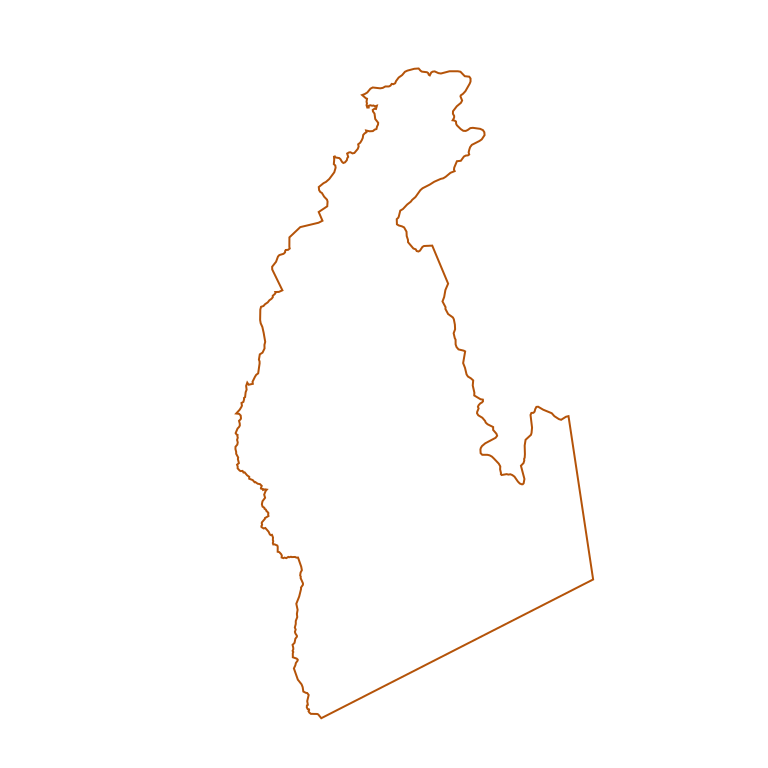 the district of Lagaip/Pogera District, Enga, Papua New Guinea, rotated 243°
{"feature_id": "67681753B66216026756118", "entity_name": "Lagaip/Pogera District", "entity_type": "district", "adm_level": 2, "iso_a3": "PNG", "parent_name": "Papua New Guinea", "parent_adm1": "Enga", "projection": "orthographic", "projection_center": [143.276, -5.41], "detail": "fine", "context": "isolated", "style": "outline", "palette": "amber", "viewbox_px": 768, "rotation_deg": 243, "n_neighbors": 0, "source": "geoboundaries", "source_scale": "gbopen_adm2", "svg_char_len": 6166}
<svg xmlns="http://www.w3.org/2000/svg" viewBox="0 0 768 768"><g transform="rotate(243 384 384)"><path d="M114.7,176.4L114.9,481.6L271.6,533.8L272.2,531.3L271.7,525.6L273.3,523.9L278.0,521.2L281.8,520.2L288.8,514.2L293.8,511.0L294.4,509.4L293.0,507.4L291.0,505.6L290.5,504.1L291.3,502.2L289.9,500.5L277.9,496.1L273.5,493.3L272.0,491.9L270.0,484.8L265.3,481.4L257.5,477.7L254.5,475.9L253.6,474.8L252.2,474.3L250.2,472.4L249.0,468.9L235.6,466.0L232.1,463.3L231.7,462.1L232.2,461.1L233.7,459.8L236.3,459.0L242.2,458.2L244.6,457.0L246.2,455.6L246.8,453.7L248.0,452.4L249.5,447.5L250.6,447.2L251.5,447.8L255.2,448.7L257.8,450.2L260.9,450.1L267.7,448.1L270.3,447.2L272.5,445.7L274.1,443.8L276.3,439.4L278.5,438.7L281.9,440.2L283.1,441.3L284.2,443.1L285.2,447.3L285.4,459.0L286.5,461.3L288.6,461.6L293.5,460.4L296.1,461.7L301.1,458.0L303.5,457.1L305.1,457.3L309.3,456.3L313.3,453.8L315.6,453.6L316.8,454.3L319.3,457.2L321.0,457.3L322.1,458.6L323.0,460.9L323.1,463.1L323.7,464.4L325.2,465.0L326.6,463.1L332.8,459.2L335.3,460.6L342.4,462.4L346.7,465.1L349.6,464.0L352.5,462.2L355.0,461.9L361.6,463.5L366.7,464.0L376.2,471.1L377.5,470.2L381.0,466.1L384.0,465.4L386.8,465.8L391.0,467.9L392.8,467.9L397.6,469.1L400.5,472.2L404.7,474.1L409.9,475.6L412.0,475.6L417.2,472.9L423.0,472.8L424.5,473.7L431.0,473.6L434.2,477.1L439.9,481.4L444.3,486.7L485.4,489.8L488.8,482.3L488.7,480.5L486.5,476.6L486.4,474.9L487.6,473.5L489.6,473.4L491.4,471.7L499.4,469.8L501.6,470.8L505.5,471.4L509.5,473.2L514.4,473.0L516.3,471.6L518.6,469.1L520.4,468.0L525.1,470.2L525.7,472.3L526.6,473.3L531.1,477.2L531.3,480.3L533.4,486.1L534.3,490.7L535.3,492.7L536.3,496.9L540.2,504.4L540.9,507.2L540.9,515.2L541.4,520.6L541.0,527.7L540.4,530.1L540.6,532.9L542.0,539.1L541.6,543.6L543.3,543.7L544.9,544.8L549.4,550.1L548.0,553.8L550.4,558.5L550.4,560.6L549.6,562.6L549.8,564.1L552.0,564.6L554.1,566.4L555.9,568.2L557.2,570.8L557.2,579.4L557.6,582.2L560.1,586.6L562.8,587.7L565.3,587.4L567.7,585.5L571.9,579.5L572.8,577.1L572.3,573.8L572.4,571.7L573.6,569.6L576.3,568.1L581.4,566.4L583.0,566.4L585.2,567.3L586.8,566.3L587.8,564.9L589.4,567.3L590.9,568.2L593.5,568.1L595.7,569.3L598.4,574.9L599.6,580.2L601.1,582.3L605.5,582.7L606.3,583.4L606.7,586.1L607.9,589.4L612.7,596.7L614.2,598.4L616.9,599.8L619.1,599.5L621.6,595.7L627.5,593.9L629.1,591.8L632.9,584.4L634.8,575.7L636.3,573.6L639.5,571.1L640.2,569.2L640.1,567.5L638.2,564.9L639.2,564.3L641.0,564.5L642.3,563.8L645.1,559.6L646.5,558.8L649.4,558.1L651.1,554.1L652.6,547.1L652.7,544.4L651.0,540.4L650.4,536.2L648.4,532.2L646.9,530.5L646.9,528.4L647.9,527.1L646.9,525.2L646.9,523.4L648.5,520.2L648.4,517.3L649.2,514.8L653.3,508.6L653.3,506.0L651.3,501.4L651.1,498.5L651.4,495.7L646.8,497.6L645.9,498.4L643.3,496.5L641.9,496.3L640.3,495.0L637.9,494.6L637.3,495.9L638.8,496.6L638.6,498.3L637.3,499.8L636.9,501.1L635.5,502.0L635.2,504.0L632.7,501.7L633.6,500.6L633.3,498.4L631.9,497.9L629.2,498.3L624.1,496.5L619.4,497.4L617.8,496.4L616.6,494.7L614.6,493.0L614.9,491.2L614.4,488.9L615.7,485.9L618.0,483.1L616.3,482.7L616.1,480.5L615.3,478.5L612.9,476.8L611.3,474.8L609.8,472.4L609.3,469.8L607.1,469.2L605.4,467.4L603.3,462.5L603.8,460.6L605.7,459.3L606.2,458.0L606.1,455.8L602.6,455.2L601.9,453.8L600.3,452.5L599.2,449.9L599.4,448.1L601.1,447.4L603.9,447.3L605.6,446.7L608.0,443.5L609.1,443.5L609.2,442.6L606.5,441.5L602.7,439.1L600.8,439.8L598.7,439.1L595.2,435.8L591.5,428.3L590.4,424.0L590.4,421.3L589.1,415.3L586.2,414.2L584.0,414.4L582.4,415.4L578.1,415.7L574.1,416.9L572.1,416.5L568.1,414.1L566.9,403.9L557.4,403.3L557.4,398.9L561.8,380.6L557.6,366.3L549.1,361.9L547.5,361.5L547.1,359.4L548.0,357.3L547.4,356.3L546.2,355.6L545.6,353.6L546.4,349.3L545.7,347.4L541.9,343.3L539.3,337.6L536.8,336.4L513.6,336.0L513.8,332.1L515.3,328.9L514.5,328.8L513.8,327.7L513.1,324.9L511.8,324.3L511.0,322.5L510.6,319.8L509.5,317.5L509.1,314.2L508.2,312.0L508.6,309.5L506.5,307.6L497.3,302.7L494.1,301.7L490.0,301.5L484.2,300.0L475.5,297.3L473.1,295.2L469.9,293.7L467.1,290.0L466.8,286.8L462.5,283.6L460.7,283.4L458.8,282.5L450.6,276.7L450.2,274.3L449.0,272.3L445.7,267.9L443.7,267.2L444.8,263.1L447.3,262.8L444.9,260.3L441.3,259.0L439.5,257.0L435.4,254.3L435.1,252.9L433.9,252.4L431.9,250.6L431.8,248.4L429.2,247.6L428.3,246.5L426.6,243.7L424.8,238.9L423.2,241.3L421.0,242.0L418.4,241.0L417.7,240.3L417.0,238.1L414.2,237.5L412.5,236.7L411.6,235.5L410.8,233.3L407.6,229.5L406.1,229.7L405.0,230.4L404.4,229.8L402.5,229.3L400.9,227.7L398.4,227.2L396.6,225.8L395.5,223.2L393.5,222.1L390.7,221.5L388.9,220.6L384.7,220.7L383.4,219.7L379.4,218.8L378.8,216.4L377.0,216.2L375.3,215.3L372.4,216.1L371.5,216.7L370.8,218.5L368.9,218.6L368.6,219.7L364.7,220.6L362.5,221.8L360.8,220.9L358.0,223.4L355.2,224.1L355.1,224.8L352.5,226.2L351.0,228.1L348.7,228.8L347.1,227.0L346.5,227.0L345.3,228.5L344.5,228.2L344.2,230.1L343.1,231.6L342.4,229.9L339.8,227.0L336.6,226.4L334.7,222.5L332.3,220.6L329.9,220.1L328.1,221.2L327.1,220.9L325.7,221.7L323.8,221.6L323.3,222.1L321.5,222.4L320.7,221.7L318.8,221.1L318.6,217.1L317.9,216.6L316.2,212.5L315.6,211.9L313.9,211.5L313.0,210.2L312.1,209.9L309.9,211.2L309.6,212.9L304.8,214.1L301.8,214.0L300.8,214.5L300.5,215.7L297.6,215.4L295.4,214.1L294.3,214.0L292.7,212.7L291.3,212.5L290.8,213.7L288.5,215.6L287.2,215.4L282.8,213.1L281.7,214.4L279.1,215.1L277.6,215.1L275.9,214.0L274.5,215.3L274.5,216.5L273.2,217.9L273.4,220.2L272.7,220.8L272.3,222.7L271.6,223.3L270.3,226.2L269.1,227.1L268.4,228.6L258.8,227.3L255.4,226.3L253.9,224.1L251.5,222.4L250.2,222.4L248.9,221.6L243.2,221.3L241.9,220.6L240.3,217.6L239.1,217.1L233.1,211.9L228.0,206.1L222.0,204.5L218.7,202.0L215.7,200.9L212.9,197.8L210.2,196.4L207.5,194.0L205.3,193.8L203.6,192.1L201.9,191.8L199.3,192.1L198.4,191.7L197.3,189.4L194.0,186.8L193.1,184.1L190.2,183.4L188.9,182.8L187.7,181.4L186.4,181.5L185.5,180.5L181.9,178.7L179.0,181.5L177.6,182.0L176.8,181.5L175.4,178.8L173.6,177.3L171.5,174.6L159.7,173.0L153.8,174.2L150.8,173.9L146.6,172.5L144.4,174.1L143.5,175.3L141.1,175.7L136.3,171.6L132.7,170.5L132.6,169.4L130.9,168.4L129.0,168.4L128.3,169.4L127.5,169.3L126.7,168.2L125.1,168.3L123.3,169.1L120.3,174.7L119.4,175.4L114.7,176.4Z" fill="none" stroke="#b45309" stroke-width="2"/></g></svg>